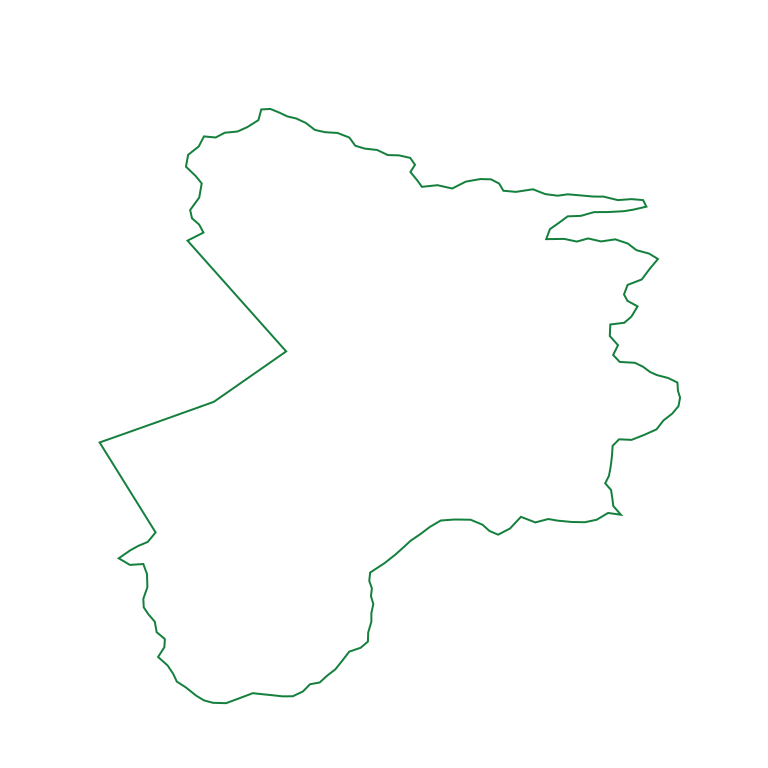 Rancho Queimado, Santa Catarina, Brazil, rotated 260°
{"feature_id": "56859067B14701683367947", "entity_name": "Rancho Queimado", "entity_type": "district", "adm_level": 2, "iso_a3": "BRA", "parent_name": "Brazil", "parent_adm1": "Santa Catarina", "projection": "equal_earth", "projection_center": [-49.09, -27.678], "detail": "fine", "context": "isolated", "style": "outline", "palette": "green", "viewbox_px": 768, "rotation_deg": 260, "n_neighbors": 0, "source": "geoboundaries", "source_scale": "gbopen_adm2", "svg_char_len": 2388}
<svg xmlns="http://www.w3.org/2000/svg" viewBox="0 0 768 768"><g transform="rotate(260 384 384)"><path d="M659.1,249.7L650.1,242.8L643.7,230.9L632.4,226.7L621.6,234.6L613.2,239.3L599.7,234.4L589.0,223.3L580.5,223.7L573.2,229.6L564.5,232.5L559.3,215.4L433.1,293.3L396.0,213.3L387.8,165.3L375.8,93.8L277.5,133.3L269.5,123.9L267.3,114.1L264.3,105.3L258.4,92.5L250.0,102.3L248.5,115.7L237.9,117.6L225.0,115.7L214.3,109.7L205.8,108.6L198.1,112.0L189.7,117.0L179.1,117.0L170.9,123.9L162.9,122.0L154.4,114.1L144.4,122.0L135.4,126.0L126.9,128.3L119.7,136.1L109.6,145.0L103.6,151.9L99.7,160.3L97.1,173.1L99.7,187.3L102.3,201.1L99.7,210.1L97.0,219.6L94.1,229.6L92.3,239.9L95.3,250.8L101.2,259.1L101.2,268.8L106.6,277.3L111.5,286.6L118.8,294.9L126.5,303.3L128.3,315.2L133.1,323.4L142.0,325.3L152.2,330.3L160.6,331.8L169.2,335.3L177.2,334.3L185.0,336.6L192.7,335.3L200.7,337.6L207.5,353.4L214.1,365.7L220.2,375.5L225.0,382.9L229.8,393.6L235.3,404.4L239.7,416.2L238.3,430.0L235.3,445.7L228.3,456.6L221.0,462.3L215.8,470.2L219.8,483.0L229.4,495.8L221.4,509.0L222.5,522.4L219.3,531.2L215.5,545.0L213.0,557.8L213.4,569.9L218.1,582.3L214.1,594.6L224.0,588.6L231.0,589.0L240.2,589.2L247.8,584.6L254.5,589.6L262.2,592.5L268.8,594.6L275.4,596.5L283.4,598.4L288.7,605.9L286.0,618.1L288.7,631.3L292.0,644.5L299.6,652.9L304.9,662.9L311.1,670.2L319.2,673.2L326.2,672.3L334.5,673.2L340.6,664.8L345.3,654.5L349.7,648.0L355.9,642.2L361.3,634.8L364.8,620.0L372.8,614.7L381.6,621.2L392.0,614.7L403.3,617.2L402.6,631.3L407.4,639.3L416.4,647.2L423.6,638.2L430.5,635.9L439.3,641.1L442.2,656.0L451.4,665.8L459.5,675.5L466.4,667.7L472.0,655.8L480.0,648.5L486.3,636.9L486.7,622.5L491.9,610.3L490.8,598.6L495.6,586.7L498.5,568.9L507.7,574.3L512.5,584.6L517.2,594.0L515.4,607.2L516.8,620.6L514.4,634.8L512.5,650.4L512.4,659.8L513.1,673.2L520.1,671.1L523.1,659.8L524.5,646.2L530.4,632.8L532.3,622.5L535.6,610.3L538.9,598.0L539.3,587.7L543.0,575.8L549.9,564.5L550.3,547.3L553.6,535.1L561.4,532.2L567.0,524.9L569.1,514.4L569.1,499.7L564.7,485.1L570.5,471.2L571.6,455.6L579.0,452.0L588.2,446.8L594.5,452.6L602.1,449.1L606.6,438.4L608.8,427.5L615.7,417.8L619.1,406.1L623.6,397.1L632.7,392.7L639.3,381.8L642.2,369.7L646.2,360.1L654.7,352.3L660.7,343.7L664.3,335.3L669.6,327.8L674.6,319.9L675.7,310.8L665.7,306.2L660.7,293.9L658.1,283.6L659.1,270.7L656.0,261.0L659.1,249.7Z" fill="none" stroke="#15803d" stroke-width="2"/></g></svg>